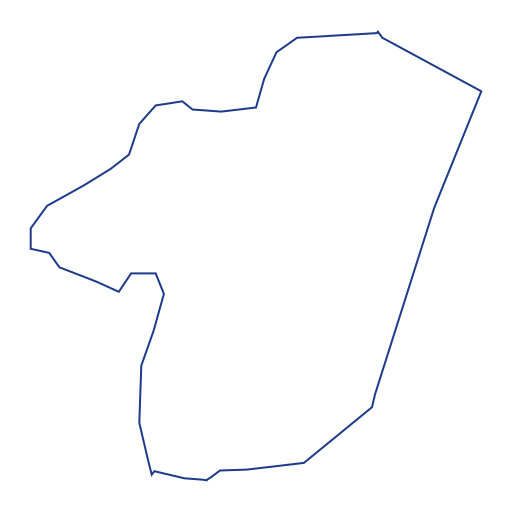 the district of Hjo, Västra Götaland, Sweden
{"feature_id": "70781695B53745153341539", "entity_name": "Hjo", "entity_type": "district", "adm_level": 2, "iso_a3": "SWE", "parent_name": "Sweden", "parent_adm1": "Västra Götaland", "projection": "mercator", "projection_center": [14.228, 58.294], "detail": "fine", "context": "isolated", "style": "outline", "palette": "blue", "viewbox_px": 512, "rotation_deg": 0, "n_neighbors": 0, "source": "geoboundaries", "source_scale": "gbopen_adm2", "svg_char_len": 688}
<svg xmlns="http://www.w3.org/2000/svg" viewBox="0 0 512 512"><path d="M302.8,463.0L303.9,462.9L372.0,407.2L375.0,394.4L434.2,207.9L481.3,91.3L382.4,37.8L377.9,31.7L376.9,33.1L297.0,37.8L293.1,40.6L276.5,52.2L264.2,78.8L256.0,107.5L221.2,111.6L192.5,109.5L182.3,101.3L167.1,103.7L155.7,105.4L139.3,123.9L129.0,154.6L110.6,168.9L84.0,185.3L47.1,205.8L30.7,228.3L30.7,248.8L49.2,252.9L59.4,267.3L96.3,281.6L118.8,291.8L131.1,273.4L155.7,273.4L163.9,293.9L153.6,330.8L141.3,365.6L139.3,422.9L147.5,457.8L151.7,474.7L154.4,471.2L184.3,478.3L202.9,479.7L205.8,480.2L206.6,480.3L206.6,479.9L209.9,478.0L220.0,470.5L246.8,469.6L302.8,463.0Z" fill="none" stroke="#1e3a8a" stroke-width="2"/></svg>